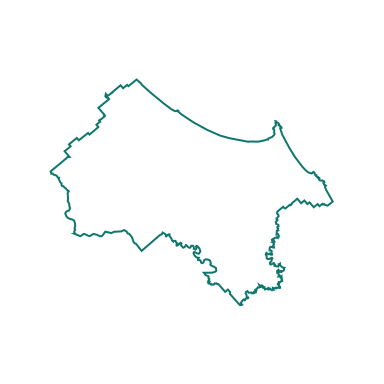 outline of Byron, New South Wales, Australia, rotated 311°
{"feature_id": "25037944B26997804636733", "entity_name": "Byron", "entity_type": "district", "adm_level": 2, "iso_a3": "AUS", "parent_name": "Australia", "parent_adm1": "New South Wales", "projection": "natural_earth1", "projection_center": [153.501, -28.613], "detail": "fine", "context": "isolated", "style": "outline", "palette": "teal", "viewbox_px": 384, "rotation_deg": 311, "n_neighbors": 0, "source": "geoboundaries", "source_scale": "gbopen_adm2", "svg_char_len": 6081}
<svg xmlns="http://www.w3.org/2000/svg" viewBox="0 0 384 384"><g transform="rotate(311 192 192)"><path d="M277.1,304.5L281.7,291.6L283.0,289.1L283.7,289.0L283.9,288.4L284.6,288.6L284.3,286.8L285.0,285.2L285.6,284.8L286.2,285.4L286.7,284.6L286.2,282.8L285.1,281.7L284.6,280.7L284.8,279.6L285.3,279.1L285.6,279.5L285.5,279.1L285.9,279.2L286.1,278.8L285.4,277.3L285.9,277.0L285.5,276.2L286.1,275.1L285.6,275.1L285.4,274.6L286.3,272.2L286.8,272.0L286.9,270.6L285.6,270.1L284.9,270.3L284.2,269.8L283.0,266.6L283.0,263.0L283.5,258.5L285.9,247.1L288.8,237.5L294.4,222.7L297.8,216.9L298.2,216.6L299.1,217.5L299.6,216.9L299.4,215.1L299.6,215.3L299.7,213.6L300.2,213.3L299.9,212.9L300.6,212.1L300.7,211.4L300.0,210.4L300.6,209.1L300.3,208.7L300.1,209.3L298.8,209.7L297.9,211.1L296.9,211.7L293.5,211.3L293.0,211.7L293.4,212.1L292.6,213.6L290.6,215.1L290.1,216.2L289.2,216.5L286.2,216.4L282.7,214.6L281.5,214.9L281.5,214.5L278.9,213.1L273.8,209.3L267.5,201.9L267.0,201.8L257.2,185.0L253.1,176.4L248.9,162.9L245.5,147.4L243.7,133.3L243.6,128.2L244.3,128.2L244.1,127.6L242.5,126.9L241.8,125.9L240.9,122.2L240.3,112.8L239.8,95.3L240.0,84.1L240.5,82.4L240.5,76.4L230.2,74.6L230.3,72.8L225.1,71.9L225.7,68.1L214.6,66.3L214.6,66.6L209.1,65.3L209.5,62.6L207.3,63.9L207.1,65.5L208.0,67.3L207.7,68.5L194.1,66.1L192.7,75.8L192.0,75.6L191.8,76.4L186.0,75.4L186.0,75.1L185.0,74.9L184.7,76.6L180.1,75.7L179.6,78.7L168.1,77.0L168.4,74.8L156.8,72.7L157.2,69.6L147.2,67.9L146.9,70.4L139.2,69.1L138.1,76.6L136.5,75.0L135.3,75.1L114.8,71.8L113.5,73.8L114.6,74.8L114.3,76.1L115.5,79.0L114.9,81.3L115.5,82.3L114.5,82.7L112.9,86.2L112.9,87.9L111.4,89.3L111.3,90.1L112.0,91.4L111.7,92.6L112.0,94.4L111.4,97.2L111.9,98.1L111.6,98.6L110.4,98.6L109.3,99.1L105.5,103.0L103.6,104.2L102.5,107.1L101.1,108.4L99.8,110.6L97.4,111.4L96.1,110.5L94.1,110.0L92.6,110.5L91.2,113.3L91.0,114.8L91.6,117.7L92.7,119.6L93.1,121.6L92.8,122.2L91.4,124.5L89.5,126.3L87.6,127.1L86.8,128.6L85.1,128.9L84.3,129.7L84.0,131.1L83.3,130.5L85.2,136.3L85.8,136.9L89.1,137.7L89.8,138.3L90.9,142.4L91.7,143.8L95.6,145.0L97.5,148.6L98.0,151.0L98.8,152.4L100.3,153.0L105.2,152.6L108.1,158.1L110.9,159.3L115.9,164.5L118.7,165.7L119.3,168.5L118.5,170.7L119.2,171.7L119.2,172.5L118.5,176.3L115.8,181.1L115.7,182.7L116.2,183.8L114.5,192.6L138.3,196.0L140.3,196.9L142.2,196.5L142.7,199.9L142.4,200.8L141.5,201.2L141.5,201.6L143.8,201.9L144.9,202.3L145.3,202.9L144.1,203.7L143.6,206.3L142.2,209.3L142.3,210.5L143.4,210.5L144.2,211.5L144.1,212.2L143.5,213.0L143.5,214.9L142.0,214.8L141.5,215.6L142.4,216.3L144.8,216.3L146.3,216.8L146.3,217.8L145.1,218.0L144.6,218.5L144.2,221.9L145.7,222.6L148.0,222.2L148.2,222.7L147.8,225.1L148.3,226.8L148.9,227.2L150.9,226.7L152.0,227.8L151.9,229.1L150.4,230.6L150.7,232.4L152.3,232.5L153.5,230.8L154.2,230.7L154.5,231.1L154.6,232.5L154.3,234.5L153.0,236.8L152.3,237.4L150.0,237.7L149.1,236.3L148.4,233.4L147.6,232.9L146.8,233.3L145.7,235.6L145.6,238.4L146.8,240.3L145.4,240.5L144.6,241.3L145.4,242.1L145.9,243.5L144.7,245.1L144.8,246.2L146.1,246.9L148.8,245.9L150.5,246.8L152.0,249.5L152.0,250.7L150.8,252.8L149.3,253.4L149.0,254.0L150.1,258.0L150.3,260.0L148.5,262.0L147.4,262.0L144.6,260.4L138.8,253.9L138.2,256.9L139.1,259.2L139.0,260.1L137.9,260.7L137.6,262.2L136.2,262.4L136.1,263.8L134.5,263.1L133.8,264.5L134.7,265.1L134.6,266.6L135.3,266.9L135.0,267.7L136.4,269.2L137.9,269.0L138.3,269.9L139.1,270.3L139.0,271.5L139.8,272.3L138.4,282.6L141.9,283.1L141.5,286.5L140.0,287.3L138.1,302.2L138.9,303.3L139.8,303.7L140.0,301.9L142.1,301.3L144.6,301.4L144.9,301.7L144.5,302.2L144.9,302.9L147.2,302.6L148.1,303.7L149.0,304.0L149.3,303.6L148.7,303.1L148.9,301.9L150.1,300.7L150.6,299.0L151.9,298.3L153.6,298.9L153.1,300.7L155.0,302.7L154.8,303.8L156.1,304.9L156.8,304.1L157.4,304.2L157.6,305.6L158.1,306.1L160.1,305.0L160.1,304.5L159.5,304.1L159.7,303.8L161.3,304.5L163.1,304.2L163.6,305.1L165.2,306.0L165.2,304.9L165.9,303.8L165.9,304.9L166.9,305.4L167.5,306.7L167.4,307.9L166.7,307.3L166.3,307.8L166.3,308.5L167.6,309.2L166.7,309.9L166.3,311.0L167.6,311.5L168.2,312.4L169.6,312.4L169.6,313.1L169.9,313.4L169.1,313.9L170.2,314.4L170.0,315.5L170.4,315.9L170.4,316.7L170.9,316.6L171.5,317.4L171.6,316.5L172.4,316.7L172.8,316.1L173.2,317.3L173.8,317.5L174.3,318.6L175.1,318.3L175.9,319.8L176.8,319.8L177.1,321.2L177.5,321.4L178.0,320.8L177.4,320.6L177.3,319.7L177.9,319.7L179.3,318.2L178.6,317.7L178.7,317.1L179.3,317.1L179.5,318.0L180.0,318.0L180.3,316.8L180.9,316.5L182.0,317.7L183.5,317.8L184.0,318.4L184.7,317.7L184.9,316.8L185.9,316.5L186.2,315.5L187.0,314.9L185.6,314.7L186.2,313.6L185.2,312.8L186.5,312.7L186.3,311.6L187.6,310.4L187.0,309.4L187.7,309.3L187.7,308.5L188.1,308.1L190.0,308.3L189.3,310.6L190.4,312.0L190.9,312.0L190.8,311.1L191.8,312.3L193.1,312.7L193.9,312.4L194.6,311.6L195.4,311.5L194.5,309.9L194.4,307.9L194.7,306.2L195.7,305.4L194.3,304.8L193.6,305.7L192.3,306.0L191.0,303.8L191.4,302.8L190.5,302.5L192.0,300.9L192.0,300.3L189.2,299.3L188.8,298.5L188.9,297.9L190.0,297.2L192.0,297.3L192.8,296.7L194.7,296.2L194.7,295.4L194.3,295.0L192.1,294.3L191.0,293.0L191.1,291.7L192.7,290.3L193.1,288.7L194.9,288.1L195.0,290.3L196.2,290.8L196.2,292.4L197.3,293.5L197.8,293.0L197.8,291.7L199.0,291.5L199.8,290.7L199.5,289.4L198.8,288.9L200.4,287.5L201.4,287.1L202.4,287.4L203.0,289.3L203.5,289.7L204.2,288.6L204.9,288.4L204.8,289.1L205.6,288.1L206.5,288.1L207.0,286.9L206.8,285.7L208.5,286.9L209.2,285.3L209.0,284.7L208.2,284.0L208.5,283.6L212.1,284.8L212.8,285.7L213.6,285.7L213.7,287.0L214.4,286.8L215.3,287.5L214.7,286.7L215.9,286.4L216.6,284.3L215.4,283.7L218.4,281.5L219.5,282.2L219.6,281.5L220.9,281.1L220.8,280.4L221.4,279.4L223.0,279.8L223.8,278.7L223.2,276.5L224.4,274.9L226.9,274.9L226.8,273.8L227.4,273.2L227.7,273.5L228.9,273.2L230.3,273.4L231.2,272.6L231.6,270.2L233.3,269.3L240.7,270.5L240.4,272.5L240.9,273.3L246.6,274.2L246.5,274.9L247.0,275.1L248.1,275.3L249.1,274.8L256.0,275.9L255.1,281.7L259.3,282.4L258.6,287.0L261.3,287.5L260.4,293.9L265.3,294.7L264.9,297.5L268.5,298.1L268.4,299.1L269.6,299.4L269.5,300.7L270.7,303.3L277.1,304.5Z" fill="none" stroke="#0f766e" stroke-width="2"/></g></svg>